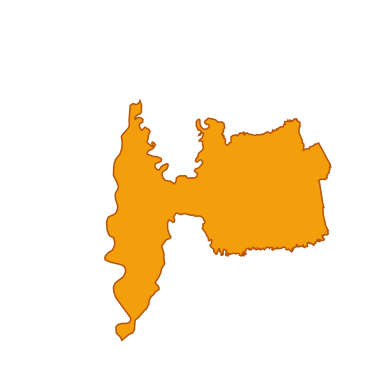 the district of Gualeguay, Entre Ríos, Argentina, rotated 61°
{"feature_id": "61730980B31839589787630", "entity_name": "Gualeguay", "entity_type": "district", "adm_level": 2, "iso_a3": "ARG", "parent_name": "Argentina", "parent_adm1": "Entre Ríos", "projection": "mercator", "projection_center": [-59.609, -33.183], "detail": "fine", "context": "isolated", "style": "filled", "palette": "amber", "viewbox_px": 384, "rotation_deg": 61, "n_neighbors": 0, "source": "geoboundaries", "source_scale": "gbopen_adm2", "svg_char_len": 6077}
<svg xmlns="http://www.w3.org/2000/svg" viewBox="0 0 384 384"><g transform="rotate(61 192 192)"><path d="M86.9,193.3L88.0,194.5L88.7,197.2L88.2,198.6L86.1,200.7L86.3,204.1L98.7,212.2L103.6,214.7L105.4,217.1L108.0,224.7L109.1,226.8L114.7,229.0L119.6,232.0L123.8,236.5L126.5,243.0L129.4,246.2L133.1,248.9L139.5,252.7L146.5,252.9L151.3,253.7L153.0,254.8L155.8,259.3L157.3,260.6L161.4,262.4L168.0,263.7L170.9,265.5L173.3,268.5L173.8,270.5L173.3,276.9L173.7,278.0L177.1,281.5L184.0,284.6L188.5,285.4L191.1,285.0L194.0,282.7L199.2,284.2L201.3,285.8L204.2,289.6L204.5,294.5L205.8,298.6L207.3,300.2L209.2,300.8L213.8,297.4L221.0,289.4L224.5,287.4L227.7,287.7L229.8,289.0L232.8,293.0L234.2,302.8L236.3,306.0L237.6,307.1L241.8,308.9L247.6,309.8L272.3,306.7L274.9,308.3L275.7,310.5L274.9,313.6L272.8,317.5L272.2,320.3L272.2,322.0L273.3,324.1L278.6,326.5L284.6,324.9L287.7,325.3L286.1,316.4L286.0,314.7L286.5,312.7L285.9,311.3L284.5,309.1L276.5,303.9L275.8,299.9L272.3,290.2L272.4,289.0L269.2,284.2L266.0,282.0L263.8,278.7L263.3,276.0L261.5,272.1L261.3,268.3L260.1,267.4L258.3,267.2L253.4,268.2L250.4,262.4L247.8,258.8L244.5,256.0L241.4,250.6L235.9,248.6L232.6,246.5L224.5,244.6L221.6,238.5L221.4,236.8L221.9,233.8L221.5,232.7L220.4,232.1L217.0,232.3L212.5,231.2L207.6,228.6L205.7,226.7L205.3,225.5L209.2,223.4L209.5,221.9L208.1,220.8L205.0,220.1L202.9,216.5L203.2,215.2L206.4,212.8L207.1,209.1L211.9,204.2L212.4,202.5L214.5,201.2L217.0,196.6L220.0,194.8L222.3,195.3L224.5,194.9L225.5,196.3L225.1,197.5L225.4,198.1L227.9,199.3L229.0,200.8L234.4,199.8L237.2,200.3L240.1,200.0L242.4,201.1L243.2,200.1L242.7,198.5L243.5,198.0L246.9,200.2L247.3,202.1L249.0,202.1L252.9,200.7L254.5,201.9L258.0,201.2L258.2,199.8L256.6,199.0L256.5,196.1L255.8,195.9L255.0,196.7L255.0,195.5L258.2,196.5L260.1,195.6L260.7,197.1L261.8,196.9L261.9,195.2L259.0,193.6L257.6,191.6L260.4,190.4L262.5,192.7L263.4,193.0L264.7,192.3L265.3,191.5L264.8,190.3L264.1,189.8L262.9,190.9L262.7,190.3L265.1,188.6L265.7,185.3L267.5,183.5L267.4,182.3L268.1,181.4L269.2,180.6L270.4,181.1L271.0,180.1L271.8,180.0L271.6,178.8L273.0,177.4L272.6,177.1L271.2,178.1L270.0,177.6L269.6,176.4L271.1,176.5L271.3,175.7L272.5,175.5L272.6,174.9L272.0,174.5L271.1,175.3L269.6,174.8L269.7,173.6L268.8,173.2L268.3,171.9L268.3,170.1L269.1,169.5L269.8,170.2L271.0,169.1L271.1,168.0L270.1,167.9L270.3,165.3L271.0,164.6L271.7,165.5L272.0,164.4L273.5,164.1L273.9,162.8L272.8,161.9L273.9,161.6L274.1,160.5L274.8,160.7L275.2,160.0L276.0,159.9L275.6,157.2L277.6,156.6L276.5,153.7L277.6,151.9L278.9,151.6L278.6,151.1L279.0,149.3L280.1,148.4L280.9,150.0L282.0,149.5L281.8,146.7L282.8,145.6L281.6,144.5L283.6,143.7L284.6,140.7L284.3,138.7L286.1,137.3L288.1,137.6L288.7,137.0L288.7,135.4L292.7,133.8L291.9,132.3L290.6,132.6L291.2,131.2L289.9,130.7L290.5,129.4L290.0,128.7L290.5,127.5L288.9,125.7L289.3,125.4L290.6,126.3L291.6,125.7L291.8,124.0L292.5,123.0L292.4,120.5L293.9,121.3L295.3,120.3L294.7,119.2L295.6,117.5L293.3,116.6L292.6,115.8L292.7,114.5L294.1,114.3L294.0,113.1L297.7,111.2L296.2,109.9L296.8,108.7L295.7,107.8L295.7,106.5L294.4,105.3L294.9,104.3L296.0,105.5L297.2,104.7L297.3,104.0L295.9,103.2L297.9,101.3L297.9,100.0L297.5,99.1L295.7,99.9L293.7,99.4L294.4,99.0L293.4,98.2L294.1,97.1L293.5,96.0L295.0,94.8L294.6,92.9L292.0,92.7L292.1,91.6L286.4,91.4L275.5,88.2L269.1,85.1L269.6,84.1L266.5,83.6L245.2,75.8L243.7,76.1L243.3,73.7L244.7,70.4L245.6,69.8L245.5,67.6L244.8,66.7L243.4,66.6L241.2,62.5L239.3,61.4L239.1,60.4L237.1,59.8L237.4,58.5L235.6,58.4L235.4,57.8L210.5,57.5L210.3,61.3L209.8,61.2L210.4,64.0L209.7,67.4L211.0,68.4L209.7,71.2L209.4,74.5L207.2,72.5L204.2,71.0L202.0,71.8L200.4,70.5L191.9,69.7L187.6,67.0L186.9,65.4L185.9,65.5L183.5,63.8L181.6,64.9L180.1,65.1L180.1,65.8L178.4,65.3L177.7,67.7L178.6,69.3L178.2,69.9L178.6,70.6L176.8,71.1L176.6,71.6L177.8,72.5L176.6,73.6L175.7,73.4L176.4,74.4L176.3,75.4L175.4,76.7L176.8,77.9L177.9,77.6L177.7,79.4L179.3,80.9L178.0,82.7L178.0,85.3L178.7,86.5L177.9,87.4L178.9,88.5L178.1,89.4L178.3,90.8L177.0,91.1L178.4,92.8L178.7,95.1L176.1,96.5L175.7,99.0L176.1,100.6L175.7,101.6L176.0,102.7L175.1,103.4L175.2,104.3L173.1,108.2L173.2,109.5L169.8,112.9L169.5,113.9L167.0,115.2L167.2,116.8L166.0,117.2L167.5,117.7L167.3,118.6L164.8,118.3L164.8,120.6L163.6,121.3L164.9,124.6L163.9,125.0L164.1,125.9L163.3,126.2L162.4,128.7L162.8,131.2L167.6,133.8L167.0,135.1L168.1,137.4L168.1,138.7L167.4,139.2L164.9,139.2L163.0,137.5L161.2,137.2L159.7,138.2L159.2,137.1L158.1,137.6L158.1,136.9L157.4,136.8L156.5,137.9L155.2,137.3L155.2,136.1L153.8,134.6L152.7,134.6L151.8,132.3L147.4,130.9L145.3,131.8L143.5,135.4L140.5,136.3L138.4,138.2L135.4,142.0L136.3,146.3L137.3,147.3L139.0,147.1L141.1,145.0L142.6,144.9L143.5,145.4L144.1,148.9L142.5,151.5L140.2,152.3L138.1,152.3L135.6,151.7L132.9,150.2L131.9,150.5L131.5,151.6L132.7,154.3L136.2,156.1L140.7,156.6L142.5,154.8L143.7,154.7L144.7,155.9L145.1,158.0L145.8,158.8L146.1,157.3L145.0,154.5L145.4,153.8L146.9,153.8L149.7,157.3L150.1,160.2L150.8,161.1L152.0,158.9L153.1,158.4L155.4,159.7L158.5,160.4L160.2,162.3L161.4,167.5L164.2,170.2L164.6,171.9L166.4,174.0L167.6,173.8L168.3,172.5L167.7,170.1L168.1,168.7L170.3,168.0L172.3,169.2L174.1,174.2L173.6,177.9L174.2,179.3L175.5,179.6L177.7,178.5L179.1,178.6L180.6,180.2L181.1,181.7L180.7,183.6L179.4,185.3L178.3,188.5L176.9,189.4L174.8,189.6L171.8,195.2L172.1,198.7L175.0,200.9L176.4,203.5L172.4,205.4L168.9,209.8L165.0,210.4L162.3,209.8L160.4,208.5L159.6,202.7L157.7,200.4L156.1,199.5L154.9,200.5L154.6,204.8L155.1,207.0L156.8,210.0L155.5,211.6L152.4,212.3L150.1,211.2L149.6,210.1L150.2,204.3L148.4,202.7L147.1,203.1L144.0,205.7L142.1,208.6L137.0,213.0L136.1,212.5L134.9,209.9L135.2,205.1L133.0,201.2L130.9,201.2L129.2,202.5L130.1,203.7L133.0,203.9L132.8,204.9L127.0,207.3L125.9,206.9L124.3,204.7L121.2,202.5L118.6,199.3L116.4,199.4L112.4,201.8L113.6,205.2L113.5,206.0L112.7,206.3L109.6,206.3L107.4,205.2L106.9,204.5L106.9,201.3L104.8,199.7L102.3,200.8L101.0,202.2L100.5,204.0L101.0,206.2L100.0,206.6L98.7,205.3L98.1,201.4L98.4,199.1L97.6,197.6L91.6,194.0L86.9,193.3Z" fill="#f59e0b" stroke="#b45309" stroke-width="1.5"/></g></svg>